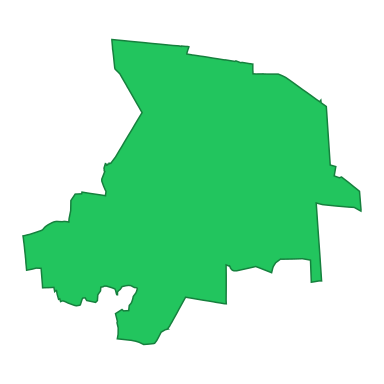 the district of Santiago Maravatío, Guanajuato, Mexico
{"feature_id": "50627088B21032390584019", "entity_name": "Santiago Maravatío", "entity_type": "district", "adm_level": 2, "iso_a3": "MEX", "parent_name": "Mexico", "parent_adm1": "Guanajuato", "projection": "albers", "projection_center": [-101.002, 20.157], "detail": "fine", "context": "isolated", "style": "filled", "palette": "green", "viewbox_px": 384, "rotation_deg": 0, "n_neighbors": 0, "source": "geoboundaries", "source_scale": "gbopen_adm2", "svg_char_len": 4445}
<svg xmlns="http://www.w3.org/2000/svg" viewBox="0 0 384 384"><path d="M115.1,69.1L119.9,73.9L122.1,77.8L126.3,85.0L127.3,86.9L127.7,87.6L128.5,88.8L129.2,90.1L131.1,93.4L135.2,100.6L136.9,103.6L138.5,106.3L140.8,110.4L142.1,112.6L138.4,118.7L135.5,123.5L132.0,129.5L128.1,135.9L124.5,141.9L121.9,146.4L119.6,150.1L115.6,156.9L110.7,163.4L109.1,163.2L109.0,163.9L107.8,164.2L107.8,164.4L107.7,164.7L107.3,165.0L106.6,165.2L105.9,163.8L105.4,163.6L104.0,168.1L104.0,168.3L104.2,169.0L104.2,170.8L104.8,171.4L101.8,179.1L101.8,180.1L101.8,181.0L102.3,182.5L103.6,186.1L104.9,189.1L105.2,189.8L106.0,191.4L105.8,193.3L105.5,194.6L105.5,195.7L99.0,194.7L89.3,193.3L82.0,192.1L81.7,193.8L75.2,194.1L70.9,200.5L70.7,210.6L69.1,218.6L68.8,222.1L67.6,221.8L65.6,221.5L64.2,221.4L62.2,221.7L59.6,221.6L56.7,221.4L55.2,221.6L53.9,221.9L52.2,222.6L48.2,224.7L46.0,226.2L44.7,227.3L43.7,228.5L42.6,229.8L41.0,230.6L35.7,232.4L29.6,234.4L27.2,234.9L25.1,235.5L23.0,235.9L23.3,237.9L23.5,239.4L23.6,240.5L23.8,242.1L24.0,243.3L24.1,244.2L24.3,246.2L24.4,246.7L24.5,248.0L24.7,250.0L24.9,251.9L25.1,253.6L25.3,255.2L25.4,256.7L25.5,257.8L25.6,258.5L25.7,259.8L25.8,260.6L25.8,260.8L25.9,262.7L26.0,263.8L26.3,266.6L26.3,267.0L26.6,270.2L31.9,269.2L36.2,268.1L41.1,268.3L42.4,284.4L42.6,287.8L45.1,287.7L49.6,287.6L53.9,287.4L54.7,291.6L56.0,290.4L56.5,290.5L57.2,294.4L58.6,299.3L59.7,298.8L60.6,301.6L61.5,301.2L62.5,300.9L63.4,301.0L64.5,301.4L65.5,301.8L68.2,303.1L74.5,305.4L76.3,305.8L79.4,305.3L80.3,304.9L82.2,299.0L82.8,298.1L85.1,297.8L86.7,300.5L93.7,302.0L95.6,302.4L97.4,300.6L97.8,294.8L100.5,290.9L100.8,287.2L103.0,286.8L104.3,286.1L106.5,286.1L112.1,287.8L114.9,288.9L115.6,290.5L116.4,293.7L116.7,294.6L117.0,294.8L117.5,294.8L117.5,291.9L119.0,290.3L120.2,289.4L122.1,286.6L126.0,285.7L128.6,285.4L130.8,285.6L132.2,286.3L133.0,286.8L134.7,287.6L135.9,287.6L136.7,287.8L137.1,288.2L137.3,288.8L136.5,291.5L135.9,292.9L133.3,296.4L132.8,298.7L132.2,300.7L131.6,302.4L131.0,303.4L130.0,304.6L129.3,305.4L129.1,306.8L128.7,310.6L123.5,310.9L122.0,309.5L115.5,313.6L117.4,321.4L117.0,322.8L117.7,325.8L118.2,327.9L118.1,334.4L117.3,338.8L122.8,339.4L128.3,340.0L131.2,340.3L135.6,341.2L139.2,342.3L143.7,344.5L148.7,344.1L153.4,343.6L154.6,343.3L156.7,340.6L158.5,337.3L161.1,332.2L165.1,329.8L167.7,329.1L168.2,329.0L167.7,328.6L168.3,327.9L169.8,325.8L170.2,324.9L170.9,323.7L172.0,321.9L173.0,320.0L176.6,313.6L179.1,308.9L183.8,300.4L185.6,297.2L191.6,298.2L195.6,298.9L203.2,300.2L209.2,301.1L213.9,301.9L215.7,302.3L220.4,303.0L224.2,303.7L226.3,303.8L226.2,302.5L226.1,300.1L226.2,286.1L226.2,283.2L226.2,280.7L226.2,279.4L226.2,279.0L226.2,276.7L226.2,275.1L226.1,268.1L226.1,265.1L226.1,264.9L228.9,266.0L229.5,265.8L230.3,267.4L230.3,267.8L230.7,268.2L230.9,268.6L231.4,269.3L232.1,270.0L232.6,270.3L233.3,270.6L234.1,270.8L234.7,270.8L236.7,270.8L248.4,268.2L253.7,267.0L255.7,266.5L259.2,267.8L271.6,272.7L272.9,267.5L273.7,265.8L275.7,262.7L280.5,259.1L281.7,259.2L293.8,259.0L302.4,258.7L310.5,260.1L311.3,282.2L314.6,281.7L319.1,280.9L321.6,280.9L321.5,279.9L319.9,255.8L319.5,250.2L317.7,225.0L316.2,203.0L322.5,204.6L325.3,204.9L336.1,206.0L349.0,207.1L354.2,207.4L360.9,211.1L361.0,209.7L359.5,191.3L355.8,188.3L353.9,186.8L348.5,182.4L341.5,177.0L339.5,177.7L339.4,177.8L334.2,175.9L335.8,166.6L330.2,165.0L326.3,106.5L321.1,102.8L320.8,100.2L319.6,101.7L316.9,99.8L315.6,98.9L312.1,96.3L306.4,92.2L305.1,91.3L302.9,89.8L299.5,87.3L299.2,87.1L297.7,86.0L296.7,85.3L295.5,84.4L295.0,84.0L294.6,83.8L294.5,83.7L293.3,82.8L288.8,79.6L286.5,78.0L285.6,77.4L282.8,76.0L282.1,75.7L281.7,75.5L278.3,74.1L270.4,74.1L268.1,74.1L264.1,74.0L263.4,73.9L263.2,73.9L256.0,74.0L253.0,73.8L252.9,71.1L252.8,70.4L252.8,69.1L252.8,67.3L252.8,65.5L252.8,64.1L252.5,64.1L250.3,63.7L249.8,63.7L245.7,63.0L242.1,62.4L240.7,62.7L235.9,60.9L234.8,61.4L228.0,60.3L225.6,59.9L224.4,59.9L217.7,58.8L212.9,58.1L208.9,57.4L207.2,57.1L203.4,56.5L200.8,56.2L197.7,55.7L197.1,55.6L193.6,55.1L192.3,55.0L191.1,54.7L189.7,54.5L186.8,54.0L186.8,53.9L186.9,53.0L188.1,49.0L188.3,48.7L188.9,46.8L188.6,46.7L187.8,46.5L185.2,46.4L184.2,46.3L181.3,46.0L181.2,46.4L179.3,46.1L179.2,45.9L177.8,45.8L173.1,45.5L166.2,44.8L159.2,44.1L152.3,43.5L149.4,43.2L144.0,42.6L137.3,42.0L129.9,41.3L124.2,40.7L117.7,40.1L116.7,40.0L111.9,39.5L111.9,40.2L112.5,47.1L112.6,49.3L112.8,50.0L113.5,56.0L114.7,67.7L115.1,69.1Z" fill="#22c55e" stroke="#15803d" stroke-width="1.5"/></svg>